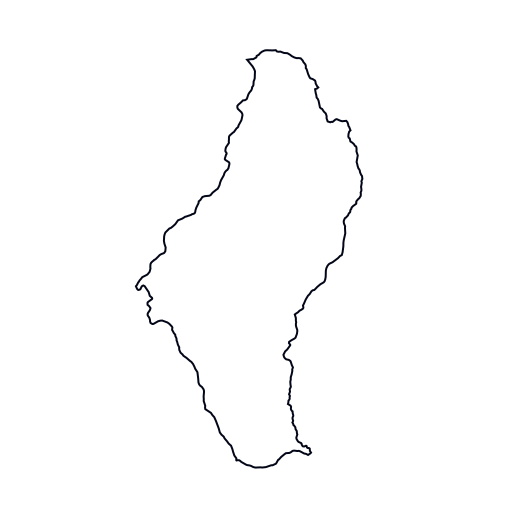 the district of Nangkor, Shemgang, Bhutan, rotated 16°
{"feature_id": "84629894B93769975990256", "entity_name": "Nangkor", "entity_type": "district", "adm_level": 2, "iso_a3": "BTN", "parent_name": "Bhutan", "parent_adm1": "Shemgang", "projection": "orthographic", "projection_center": [90.802, 27.203], "detail": "fine", "context": "isolated", "style": "outline", "palette": "ink", "viewbox_px": 512, "rotation_deg": 16, "n_neighbors": 0, "source": "geoboundaries", "source_scale": "gbopen_adm2", "svg_char_len": 6091}
<svg xmlns="http://www.w3.org/2000/svg" viewBox="0 0 512 512"><g transform="rotate(16 256 256)"><path d="M363.1,429.8L361.6,428.6L360.7,426.3L359.8,426.0L358.4,426.3L357.7,425.9L357.0,424.7L356.4,424.6L354.7,425.9L353.3,426.0L351.9,424.7L351.5,423.8L351.0,423.4L348.2,423.0L347.4,422.6L345.5,420.8L345.0,420.0L344.8,419.1L344.9,416.1L344.3,415.3L343.4,413.0L341.8,411.6L341.0,409.8L339.4,408.5L338.7,408.3L337.8,406.8L336.9,406.1L337.1,404.8L337.1,404.1L336.1,402.6L335.7,401.5L335.7,400.8L335.9,399.5L335.7,398.8L334.5,396.8L334.0,395.3L333.5,395.2L332.8,394.7L332.0,393.9L331.6,393.1L331.3,391.3L330.9,390.8L330.4,390.3L327.5,389.5L327.5,388.2L327.1,386.0L327.7,384.7L327.7,383.9L327.2,382.4L327.2,381.2L325.9,379.8L326.1,377.1L325.1,374.8L325.5,372.7L325.5,372.0L324.6,370.1L323.6,367.4L323.5,365.4L322.8,362.8L322.9,360.3L322.6,356.4L322.1,355.3L322.2,352.9L320.5,351.0L318.5,348.0L317.9,347.4L316.1,346.8L313.6,347.0L312.6,346.6L311.8,346.2L310.7,345.2L309.6,343.4L310.3,339.7L311.8,337.2L313.5,332.4L313.3,331.8L311.7,330.7L311.5,329.4L313.3,327.2L315.7,324.8L316.5,323.6L316.8,319.5L316.4,316.8L316.0,315.6L314.3,313.2L313.4,311.5L313.0,309.9L312.9,308.6L312.2,307.3L311.4,304.6L309.4,301.5L310.5,300.1L311.9,298.5L312.9,296.6L314.4,295.2L315.6,293.7L315.8,292.8L315.5,291.9L314.8,290.7L315.2,288.7L315.8,284.1L316.9,279.9L318.1,277.8L319.0,274.7L319.9,273.4L321.5,272.5L323.5,268.7L325.7,265.4L328.3,262.7L328.9,261.4L329.0,259.2L328.7,256.7L327.2,250.9L327.0,248.5L327.4,245.9L328.1,244.1L328.8,243.1L331.3,240.9L335.4,235.5L336.8,232.8L338.2,231.5L338.2,228.6L337.3,222.6L336.4,219.3L336.0,216.8L335.6,209.7L333.7,204.2L333.5,202.9L331.5,200.4L330.8,198.7L330.7,197.7L331.0,195.3L331.2,194.9L331.7,194.5L333.2,191.7L333.5,189.4L334.0,188.7L334.4,187.8L334.1,186.0L334.2,185.3L334.6,184.5L334.6,183.0L335.5,181.3L337.9,178.2L337.8,177.2L337.4,176.6L337.5,175.4L338.6,173.0L339.3,172.1L340.1,169.3L339.6,167.2L339.1,166.2L339.3,164.3L339.0,163.0L337.9,160.5L337.5,156.4L336.7,155.1L337.0,152.5L336.5,151.6L336.3,150.8L335.6,149.6L334.9,149.2L333.6,147.7L332.9,146.8L332.2,145.3L331.3,144.2L330.4,143.7L328.7,141.2L328.3,140.3L326.8,137.9L326.1,131.3L323.7,127.7L323.5,126.5L322.8,124.4L322.2,123.4L321.9,123.1L320.7,122.8L319.2,121.4L317.1,120.4L315.2,119.9L313.7,117.2L312.5,116.7L311.8,115.7L311.3,113.2L311.3,110.7L312.2,109.2L310.1,106.4L309.0,105.5L308.1,103.7L306.9,102.1L305.5,101.2L301.7,102.7L299.6,102.7L295.9,102.2L294.8,102.9L292.7,106.0L291.4,106.3L290.5,107.0L287.8,106.9L285.9,104.2L285.3,102.0L283.8,99.8L281.3,98.4L279.0,96.4L277.6,96.2L276.5,95.5L273.4,89.6L272.1,88.0L270.6,87.0L269.6,84.7L268.7,83.3L266.8,79.4L268.5,78.2L269.4,76.8L267.9,75.9L265.8,73.7L265.2,72.2L264.4,71.1L261.8,70.3L259.2,70.2L258.2,69.4L256.0,66.8L253.2,62.5L252.1,61.7L251.5,59.5L250.6,58.2L248.1,56.5L247.1,55.3L244.5,53.7L242.4,54.0L240.5,54.6L238.2,54.6L235.3,54.0L233.4,53.2L230.3,52.4L227.0,53.1L223.1,52.8L221.2,53.5L219.7,53.6L218.3,52.7L215.3,53.8L209.4,55.3L207.6,56.1L205.4,58.0L204.1,59.8L203.2,61.8L201.5,63.5L201.6,64.7L201.5,65.1L199.1,67.5L197.4,68.0L193.4,69.8L200.6,74.8L202.9,77.1L204.1,78.7L205.8,85.6L205.8,87.2L205.6,88.8L206.4,92.4L206.3,93.4L205.7,94.9L206.0,95.9L205.8,98.0L204.6,100.8L204.1,102.8L203.9,107.3L203.7,107.9L202.4,109.3L200.6,110.0L199.1,112.7L197.3,115.4L196.7,116.9L197.1,118.3L197.9,119.5L202.6,122.0L203.8,123.4L204.2,124.4L204.5,128.2L204.5,129.7L203.2,135.4L203.3,136.7L203.0,137.4L202.1,138.7L200.6,142.9L199.8,143.8L197.4,147.6L197.2,149.0L198.0,151.9L198.1,152.9L198.8,154.7L197.2,159.7L197.2,161.3L197.5,163.2L197.9,164.0L199.1,164.9L199.6,165.9L199.3,166.8L199.2,170.9L199.4,171.6L200.1,172.1L204.1,173.3L204.5,173.6L205.1,174.8L205.3,179.3L204.7,181.2L204.1,181.8L203.3,183.3L202.8,185.1L202.8,187.2L201.5,192.8L201.3,195.3L201.4,198.1L200.9,200.9L200.6,202.0L199.5,203.3L196.8,207.1L195.6,209.9L194.6,210.9L190.1,212.7L188.2,214.1L187.1,217.5L185.9,219.3L186.2,221.0L185.3,225.9L185.2,228.4L185.4,230.2L185.4,231.3L184.7,232.4L182.7,233.7L182.2,234.4L177.9,237.4L177.2,237.7L174.8,240.4L171.2,243.2L169.6,247.7L167.8,250.6L166.4,252.5L165.1,253.5L162.4,258.4L162.2,260.5L162.3,262.4L163.3,266.8L164.5,269.3L166.8,272.7L167.5,276.3L167.1,277.8L166.6,278.7L164.5,280.2L163.1,281.7L162.3,283.3L160.4,286.7L159.0,288.1L158.9,288.6L158.2,289.4L157.1,291.3L156.8,292.9L157.5,296.0L158.0,297.0L158.1,300.5L156.9,303.4L156.2,304.3L152.5,307.7L152.0,309.1L150.7,311.9L150.5,313.1L150.1,313.7L149.5,316.8L148.9,318.2L150.8,320.4L151.7,321.0L152.6,321.0L154.0,319.9L154.5,316.9L154.9,316.2L155.8,315.4L157.3,315.7L162.8,320.3L164.9,323.6L167.5,324.8L167.9,325.3L167.9,326.1L164.9,329.9L164.6,330.9L165.1,332.5L165.3,332.9L166.8,333.5L168.8,335.0L169.0,335.5L168.9,337.4L167.9,340.4L167.8,341.6L168.0,342.2L168.3,343.0L170.5,344.8L171.8,346.8L172.2,348.1L173.1,349.4L174.5,349.8L175.3,349.9L176.2,349.5L179.9,345.7L181.7,344.6L183.6,343.9L189.2,344.3L191.4,345.1L194.6,347.0L195.3,347.7L195.7,350.1L198.6,353.0L200.0,353.8L200.5,355.1L202.3,357.2L203.0,359.2L203.8,360.1L205.3,362.7L207.4,365.0L207.7,366.4L208.3,367.6L210.0,369.6L211.0,370.2L212.4,370.8L213.7,371.9L217.3,373.1L222.0,375.3L222.9,375.5L225.3,377.2L227.4,379.5L228.6,381.1L231.7,383.8L234.0,389.2L235.6,393.5L236.7,395.0L237.8,395.9L240.1,396.8L242.2,398.5L243.0,399.6L243.5,401.0L244.4,405.6L245.2,407.8L245.7,409.8L248.5,414.0L248.8,415.8L249.5,417.2L255.9,419.2L258.0,421.0L260.3,422.4L263.1,425.8L267.7,432.0L269.9,435.6L272.1,437.3L274.7,438.5L276.2,440.1L279.1,442.0L281.5,443.9L284.3,445.2L286.5,448.1L288.0,450.6L290.2,453.8L292.9,455.9L293.3,457.7L293.6,457.9L294.8,457.3L296.1,457.0L297.3,457.3L298.6,458.0L304.3,459.4L305.6,459.4L306.6,459.2L308.4,459.1L309.5,459.2L311.2,459.6L312.9,459.6L313.9,459.5L318.6,457.9L320.3,457.6L323.7,456.2L328.3,453.0L329.6,452.6L332.0,450.5L332.5,450.0L333.5,445.8L334.1,445.3L335.6,442.2L338.0,438.7L339.0,437.4L339.9,437.0L342.4,436.1L343.5,435.1L344.7,433.5L345.3,433.0L346.6,432.5L349.4,432.1L350.9,431.5L352.3,431.6L356.8,432.6L358.7,432.4L360.9,432.9L362.7,430.7L363.1,429.8Z" fill="none" stroke="#020617" stroke-width="2"/></g></svg>